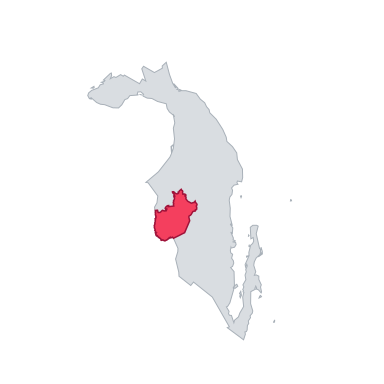 location of Coahuila within Mexico, rotated 215°
{"feature_id": "MEX-2708", "entity_name": "Coahuila", "entity_type": "State", "adm_level": 1, "iso_a3": "MEX", "parent_name": "Mexico", "parent_adm1": "", "projection": "albers", "projection_center": [-101.519, 27.229], "detail": "fine", "context": "in_parent", "style": "filled", "palette": "rose", "viewbox_px": 384, "rotation_deg": 215, "n_neighbors": 0, "source": "natural_earth", "source_scale": "10m", "svg_char_len": 8502}
<svg xmlns="http://www.w3.org/2000/svg" viewBox="0 0 384 384"><g transform="rotate(215 192 192)"><path d="M65.0,100.5L85.3,101.1L84.1,103.0L115.1,117.6L139.1,119.1L139.4,114.7L154.3,115.5L156.8,118.7L167.0,127.7L169.4,135.0L171.2,137.8L181.0,143.7L184.3,141.6L186.7,136.3L189.7,135.1L196.9,136.1L202.8,142.0L206.9,150.5L214.0,158.1L214.5,163.0L217.7,169.1L233.3,174.4L235.3,173.4L231.1,189.2L230.1,207.9L230.9,211.9L235.3,217.2L234.5,220.1L234.6,217.1L231.1,212.7L232.3,216.9L236.8,225.5L243.9,233.6L245.7,238.7L250.8,243.8L249.4,243.8L252.3,244.9L251.4,244.2L256.5,244.6L260.3,246.2L263.7,249.5L272.2,246.4L278.5,245.6L282.6,243.2L287.0,242.5L287.9,243.2L287.7,244.3L291.4,244.7L293.7,242.9L292.8,240.2L291.7,241.0L292.0,240.4L298.2,235.3L298.3,231.6L300.0,229.2L299.5,223.2L300.4,218.7L305.1,215.6L313.7,213.4L317.3,211.4L321.5,210.6L328.7,211.4L329.2,210.4L327.3,210.5L329.6,209.6L332.7,211.2L333.5,213.8L332.5,217.6L328.5,223.6L328.7,227.2L326.6,229.7L327.1,230.4L329.2,229.9L327.2,232.4L327.3,233.4L328.8,232.9L326.9,242.3L326.3,243.2L324.6,241.3L323.9,237.9L322.1,241.7L320.0,242.2L317.8,247.2L314.7,247.4L314.5,249.0L297.1,250.6L297.5,256.1L293.5,256.4L303.8,264.1L303.8,267.2L291.3,268.3L287.3,276.4L288.7,278.2L287.5,283.5L277.8,275.3L270.1,269.9L265.5,267.9L265.1,268.5L269.3,270.3L262.8,268.9L263.2,267.4L261.5,268.1L260.4,266.9L259.3,268.3L261.5,268.8L258.2,269.3L255.1,271.5L245.1,275.1L238.4,272.8L232.8,272.4L229.0,270.2L225.3,269.3L222.9,267.1L213.9,265.5L202.7,260.9L195.4,256.5L192.4,253.4L184.9,252.4L177.8,249.7L173.4,244.6L163.8,239.7L158.8,232.9L157.2,228.8L161.1,227.0L160.5,225.3L158.8,224.7L161.5,221.7L161.9,218.0L159.8,216.7L157.9,213.0L158.1,209.6L156.8,206.6L151.4,200.7L146.8,193.7L139.6,187.5L141.7,188.7L141.9,187.5L138.0,186.0L135.2,181.2L137.3,181.5L131.7,178.0L130.9,176.4L128.7,176.9L128.4,176.1L130.2,174.4L127.3,175.7L125.7,174.2L125.5,171.2L127.7,168.6L128.4,169.1L127.2,166.3L125.4,164.4L123.0,164.3L121.6,160.5L118.7,159.4L117.0,157.7L116.1,154.3L117.0,152.3L111.9,150.9L103.6,139.7L103.3,137.2L102.0,136.3L97.4,122.9L97.2,118.9L97.9,117.6L93.2,115.5L92.3,113.3L90.7,112.5L88.9,113.5L82.7,108.9L83.6,111.5L82.3,116.3L83.4,120.3L84.0,127.8L90.2,135.0L92.0,139.6L93.0,139.5L93.4,140.9L94.4,141.1L95.1,144.0L97.0,145.1L97.6,151.1L100.9,154.4L101.8,157.9L103.4,159.1L104.3,163.2L105.7,164.2L105.1,161.2L106.9,163.1L108.7,172.4L110.8,175.2L113.4,182.0L112.8,184.7L113.3,187.2L115.8,189.8L116.9,187.4L124.0,196.5L123.1,199.6L119.9,201.8L118.2,202.0L115.5,194.7L104.2,184.4L103.1,184.4L100.9,181.2L100.6,179.2L101.6,174.8L100.9,170.5L99.4,167.4L94.0,163.2L93.1,159.5L91.9,160.9L89.0,161.4L87.1,158.7L82.0,155.7L81.4,153.5L77.7,150.0L77.5,149.0L81.5,150.0L83.9,149.3L83.8,150.3L85.8,151.5L85.2,149.0L84.3,148.7L86.7,144.1L79.9,134.1L74.0,129.4L73.1,127.3L73.4,123.9L72.0,122.6L71.9,118.7L70.1,116.8L70.1,114.5L67.7,110.6L67.4,108.8L68.4,107.8L66.7,106.1L65.0,100.5ZM103.3,139.8L102.4,142.1L100.4,141.1L101.5,137.7L102.8,137.4L103.3,139.8ZM95.1,138.6L92.3,135.8L91.8,133.1L93.2,134.1L93.4,135.6L94.9,136.1L95.1,138.6ZM332.9,222.3L332.1,221.6L332.3,220.5L334.2,219.4L332.9,222.3ZM100.8,184.2L98.8,181.6L100.5,176.8L99.8,181.1L100.8,184.2ZM76.5,146.6L75.0,146.1L76.3,143.6L76.8,145.6L76.5,146.6ZM50.9,134.7L49.8,132.8L50.2,132.1L50.6,132.2L50.9,134.7ZM102.6,184.4L103.8,186.4L101.2,184.3L102.6,184.4ZM149.9,216.4L149.6,217.2L148.9,216.9L148.6,215.5L149.9,216.4ZM114.4,180.3L114.8,181.8L113.5,179.8L114.4,180.3ZM109.8,170.0L110.6,170.7L109.3,172.0L109.8,170.0ZM106.8,242.4L106.2,242.5L105.4,241.9L106.2,241.1L106.8,242.4ZM290.0,242.3L288.5,242.8L291.1,241.8L290.0,242.3ZM121.0,189.3L120.3,189.1L120.2,187.7L121.0,189.3Z" fill="#d9dde1" stroke="#a8b0b8" stroke-width="1"/><path d="M189.3,134.9L189.4,135.0L189.6,135.2L189.8,135.1L189.8,135.3L190.0,135.4L190.3,135.4L190.7,135.6L190.8,135.7L191.1,135.8L191.9,135.8L192.1,135.8L192.3,135.7L192.5,135.8L192.8,135.9L193.0,135.7L193.3,135.8L193.5,135.8L193.6,135.7L193.7,135.8L193.8,135.9L195.2,136.1L195.7,136.1L195.8,136.0L195.9,135.9L195.9,135.7L196.0,135.7L196.1,135.8L196.0,136.2L196.3,136.1L196.6,136.0L196.8,136.2L197.0,136.2L197.2,136.3L197.4,136.7L197.4,136.9L197.6,137.2L197.7,137.3L197.8,137.3L198.0,137.3L198.1,137.5L198.0,137.9L198.4,137.7L198.7,137.6L198.8,137.8L198.8,138.0L198.7,138.3L198.8,138.4L198.8,138.5L199.0,138.6L199.3,138.8L199.5,139.0L200.4,139.2L200.4,139.4L200.5,139.8L200.6,140.0L200.8,140.2L201.4,140.5L201.6,140.6L201.8,140.9L202.3,141.1L202.5,141.3L202.8,141.7L202.7,142.0L202.8,142.1L203.2,142.5L203.3,142.6L203.6,142.7L203.7,142.8L203.7,143.4L203.9,143.8L203.9,144.0L204.0,144.3L204.0,144.6L204.2,144.8L204.3,145.0L204.5,145.1L204.5,145.3L204.8,145.5L205.1,146.7L205.2,146.9L205.6,147.3L205.6,147.5L206.0,147.8L206.0,148.2L206.1,148.4L206.3,148.5L206.6,148.7L206.4,148.8L206.4,149.0L206.5,149.2L206.6,149.5L206.7,149.9L206.9,150.2L207.1,150.4L207.1,150.6L207.0,150.8L207.1,151.0L207.4,151.2L207.7,151.3L207.8,151.7L208.0,151.8L208.9,152.2L209.0,152.3L209.1,152.6L209.1,152.8L209.4,153.0L209.5,153.5L209.7,153.8L210.1,153.9L210.1,154.1L210.3,154.4L210.5,154.6L210.5,154.9L210.5,155.0L210.8,155.2L210.8,155.3L210.7,155.5L210.8,155.6L210.9,155.8L211.0,155.9L211.3,156.0L209.9,157.3L209.7,157.3L209.6,157.1L208.0,155.8L207.9,155.8L207.6,156.1L207.0,156.5L206.7,156.7L206.4,157.0L206.3,157.3L206.2,157.7L205.9,159.4L205.8,159.9L205.6,160.2L205.3,160.3L205.2,160.3L205.2,160.2L204.1,160.5L203.9,160.5L203.7,160.8L202.5,161.6L202.4,161.7L202.4,161.9L202.6,163.1L202.9,163.2L203.0,163.3L203.0,163.6L203.3,163.5L203.4,163.3L203.3,163.2L203.5,163.0L203.7,162.8L203.7,162.7L203.9,162.9L204.0,163.0L204.5,163.1L204.7,163.4L204.8,164.8L204.7,165.0L204.5,166.1L204.3,166.5L204.0,167.0L203.7,167.3L203.4,167.5L203.0,166.4L198.9,170.0L199.5,170.6L199.8,170.9L200.1,171.2L200.1,171.6L200.4,172.1L200.5,172.1L200.8,172.2L201.1,172.3L201.3,172.6L201.4,172.9L201.4,173.4L201.5,173.7L201.7,173.9L202.0,174.0L202.2,174.4L202.2,175.1L202.1,175.5L202.2,175.8L202.4,176.2L202.6,176.6L202.8,176.9L203.2,177.4L203.3,177.5L203.8,177.5L204.0,177.6L204.1,177.8L204.1,178.0L204.5,178.2L204.7,178.3L204.7,178.7L203.9,178.4L203.6,178.4L203.6,178.6L203.8,178.8L204.2,178.9L204.4,179.1L204.5,179.3L204.7,179.5L205.4,179.7L205.6,179.9L205.6,180.0L205.8,180.2L206.1,180.1L206.3,180.1L206.6,180.1L207.1,180.2L207.4,180.4L208.0,180.7L208.1,180.9L207.7,181.0L207.5,181.5L207.4,181.6L207.0,181.6L206.9,181.6L206.4,181.7L206.2,181.7L205.3,181.4L205.1,181.4L204.5,181.4L203.9,181.5L203.4,181.8L202.9,182.2L202.7,182.4L202.5,182.9L202.4,183.2L202.6,183.4L202.9,183.5L203.2,183.8L203.3,184.0L202.8,184.6L202.7,184.7L202.9,185.4L203.0,185.7L203.0,185.9L202.9,186.1L202.5,187.5L202.4,188.0L201.7,187.6L201.4,187.5L201.1,187.6L200.7,187.6L200.4,187.5L200.0,187.2L199.8,187.0L199.7,186.8L199.5,186.3L199.3,186.0L199.1,185.7L198.8,185.5L198.5,185.4L197.8,185.5L197.8,185.3L197.0,186.0L196.9,186.1L196.7,186.2L195.3,186.1L195.2,186.0L195.1,185.8L195.0,185.4L195.3,185.5L195.7,185.6L195.7,185.2L195.5,184.8L195.3,184.6L195.1,184.6L194.6,184.6L194.3,184.5L193.9,184.3L193.7,184.0L193.4,183.4L193.3,183.1L193.1,182.9L190.3,182.0L190.0,182.0L189.3,182.1L186.6,182.4L186.3,182.4L186.1,182.5L185.8,182.8L185.0,183.9L184.7,184.3L184.5,184.6L184.3,184.6L184.2,186.3L183.6,185.8L183.0,185.5L182.7,185.4L181.5,185.1L181.1,184.9L180.8,184.7L180.5,184.3L180.5,183.9L180.5,183.5L180.5,183.2L180.3,182.8L180.0,182.6L179.7,182.4L179.3,182.1L179.1,181.8L179.0,181.6L178.9,181.4L178.8,181.2L178.4,180.9L178.3,180.7L178.3,180.3L178.4,180.0L178.5,179.8L178.7,179.5L178.8,179.5L179.0,179.4L179.0,179.2L178.5,178.7L178.5,178.3L178.5,178.1L178.9,177.8L179.1,177.7L179.5,177.2L179.8,176.8L179.9,176.7L180.0,176.6L180.1,176.3L180.0,175.3L179.8,173.4L179.8,172.9L179.9,172.4L180.0,171.9L180.5,171.0L180.6,170.5L180.4,170.0L180.1,169.5L179.3,168.8L177.4,167.1L175.3,157.2L174.7,154.4L175.8,152.5L177.6,149.0L179.9,144.9L180.6,143.5L181.2,143.7L181.7,143.8L182.0,143.9L182.3,143.5L182.4,143.2L182.5,143.1L182.6,142.9L183.0,142.7L183.4,142.0L183.6,141.8L183.8,142.0L183.8,141.9L184.2,141.6L184.4,141.5L184.5,141.5L184.5,141.4L184.3,141.2L184.2,141.1L184.3,140.6L184.3,140.3L184.5,140.2L184.7,139.9L184.8,139.8L184.8,139.6L184.7,139.4L184.8,139.1L185.1,138.4L185.3,138.2L185.2,138.1L185.3,138.0L185.3,137.9L185.7,137.3L185.7,137.2L186.0,136.7L186.1,136.4L186.5,136.4L187.0,136.2L187.2,136.3L187.3,136.3L187.4,136.1L187.5,136.0L188.5,136.1L188.7,135.7L188.8,135.6L188.8,135.4L188.9,135.2L189.1,135.1L189.3,134.9Z" fill="#f43f5e" stroke="#9f1239" stroke-width="1.5"/></g></svg>